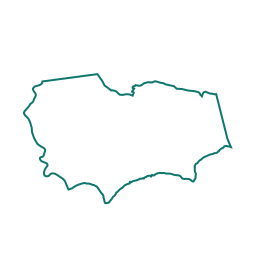 Saphire, Laborie, Saint Lucia, rotated 341°
{"feature_id": "8701671B62248544319556", "entity_name": "Saphire", "entity_type": "district", "adm_level": 2, "iso_a3": "LCA", "parent_name": "Saint Lucia", "parent_adm1": "Laborie", "projection": "orthographic", "projection_center": [-61.013, 13.757], "detail": "fine", "context": "isolated", "style": "outline", "palette": "teal", "viewbox_px": 256, "rotation_deg": 341, "n_neighbors": 0, "source": "geoboundaries", "source_scale": "gbopen_adm2", "svg_char_len": 5809}
<svg xmlns="http://www.w3.org/2000/svg" viewBox="0 0 256 256"><g transform="rotate(341 128 128)"><path d="M222.4,124.7L220.7,124.3L219.0,123.2L216.6,122.0L215.2,120.8L214.8,120.4L213.8,119.6L213.3,119.0L212.8,118.8L211.3,119.0L210.9,119.1L209.9,120.0L209.4,120.5L208.8,121.4L208.2,122.1L207.9,121.3L207.4,120.5L207.2,119.4L206.8,117.8L206.5,117.4L206.3,117.2L205.8,116.8L203.2,115.0L202.1,114.5L200.0,113.5L198.5,112.8L196.8,112.0L195.3,111.1L194.3,110.4L192.2,109.0L190.2,108.1L186.8,106.7L185.0,103.4L182.2,101.7L181.0,101.0L180.0,100.3L178.5,99.5L177.8,99.0L177.2,98.5L176.7,97.8L176.1,97.2L174.0,96.1L173.7,95.9L172.3,95.0L170.5,93.6L169.9,93.2L168.5,92.6L168.0,92.6L166.9,92.7L165.9,92.8L165.4,92.8L164.6,92.2L163.5,92.1L162.7,91.5L161.1,91.1L158.9,91.0L157.5,91.0L155.6,91.6L154.8,91.9L153.9,91.9L152.8,91.9L151.2,91.1L149.8,90.4L149.1,89.9L148.3,90.5L147.2,90.6L146.5,90.4L145.9,90.7L145.4,91.5L145.8,92.2L146.6,92.8L145.6,93.7L144.4,94.2L143.7,95.0L144.6,95.5L144.9,96.1L144.9,96.6L144.0,97.5L142.9,98.9L140.3,96.7L139.0,96.1L137.0,95.4L133.9,95.0L133.2,94.8L131.8,94.1L130.9,93.7L129.4,90.8L128.8,89.6L127.4,88.4L126.0,87.6L125.5,87.2L124.1,86.9L122.7,84.4L119.7,80.2L119.0,75.3L118.0,72.0L117.5,70.2L116.6,67.1L62.2,56.1L61.9,56.6L61.4,57.5L60.8,58.0L60.3,58.2L59.7,58.4L58.5,58.6L56.8,58.6L54.0,58.4L53.3,58.5L52.8,58.7L52.1,59.0L51.0,59.8L50.8,60.4L50.7,60.9L50.7,61.4L51.2,63.5L51.6,64.6L51.7,65.0L51.7,65.8L51.7,66.4L51.6,66.8L51.3,67.4L51.1,67.7L50.4,68.4L49.5,69.1L48.8,69.8L48.2,70.6L47.3,71.7L46.8,72.2L46.4,72.4L44.8,73.1L44.1,73.3L43.7,73.4L43.3,73.5L42.8,74.0L41.7,75.0L40.7,75.6L39.2,76.6L38.8,76.7L37.7,77.4L36.3,78.1L35.6,78.5L35.1,79.1L34.8,79.4L34.7,79.7L34.5,80.1L34.5,80.8L34.5,81.4L34.8,82.6L35.2,83.5L35.7,84.2L35.9,84.6L36.8,86.7L37.0,87.7L37.1,88.9L37.2,90.0L37.3,91.1L37.3,91.8L37.1,93.8L37.1,95.9L37.0,96.5L36.5,98.4L36.0,100.2L35.9,101.0L35.9,104.2L35.9,105.0L35.9,106.6L36.0,107.4L36.1,108.0L36.3,109.3L37.0,112.8L37.1,113.4L37.3,113.7L38.2,115.2L39.0,116.1L39.6,117.1L40.3,117.6L40.6,118.0L41.9,119.6L42.4,120.6L42.5,121.7L42.1,122.9L41.7,123.2L41.3,123.7L40.1,125.4L39.2,126.7L38.3,127.3L37.6,127.4L36.5,127.2L35.8,127.2L35.3,127.4L34.8,128.1L34.7,129.3L34.9,130.2L35.8,131.7L36.9,132.5L38.1,133.6L39.4,134.7L39.8,135.6L39.9,136.7L39.6,137.4L37.4,138.9L35.6,140.5L34.4,142.1L33.9,143.0L33.6,144.4L33.7,145.5L34.0,146.3L34.9,147.0L36.2,147.4L37.2,147.5L38.6,146.9L39.6,146.3L40.6,146.1L41.8,146.3L43.2,146.9L44.2,147.6L45.2,148.7L46.6,150.4L47.3,151.4L49.6,154.4L50.1,155.3L50.9,157.1L51.3,160.0L51.3,161.7L51.6,166.0L51.6,166.6L51.7,166.8L53.1,166.8L54.3,166.8L55.5,166.8L56.5,166.6L57.2,166.3L59.1,165.9L60.2,165.6L61.9,165.6L62.4,165.5L63.3,165.4L64.1,165.5L66.3,165.5L68.7,165.8L69.4,166.1L69.8,166.3L70.6,167.0L71.0,167.2L71.5,167.2L73.5,168.2L74.0,168.5L74.7,169.0L75.4,169.8L75.9,170.2L77.3,170.9L77.7,171.3L78.3,172.2L78.5,172.4L79.0,172.8L79.5,173.3L79.6,173.6L80.0,174.3L80.0,174.9L80.5,176.6L80.7,177.4L81.1,179.0L81.2,179.5L81.5,180.5L81.8,181.1L82.2,182.2L82.5,182.8L82.6,183.2L82.6,184.1L82.6,184.6L82.5,185.1L82.3,185.3L82.2,185.5L82.1,185.9L82.2,186.6L82.2,187.2L82.2,187.7L82.1,188.1L82.0,188.9L81.8,190.4L81.8,191.0L82.0,191.5L82.7,191.9L85.6,192.3L85.9,192.2L86.3,192.0L86.4,191.6L86.6,191.4L86.8,191.4L87.6,190.9L88.0,190.6L88.3,190.5L88.7,190.4L90.3,189.1L91.2,188.4L91.4,188.3L91.8,188.2L92.6,187.9L93.7,187.3L94.7,186.6L95.1,186.2L95.4,185.7L96.1,185.2L96.3,185.1L97.2,185.0L99.1,184.0L100.3,183.4L102.1,182.8L102.8,182.8L104.4,182.1L104.6,182.0L105.1,181.7L105.8,181.3L106.3,181.1L107.0,181.1L107.6,181.0L108.6,180.9L109.7,180.8L110.1,180.9L111.3,180.9L111.6,180.9L111.8,180.7L112.0,180.2L112.2,179.5L112.4,179.5L112.6,179.6L112.8,179.8L112.9,180.0L113.1,180.2L113.5,180.3L113.8,180.3L114.6,179.9L116.4,179.9L119.1,180.3L121.6,180.1L122.4,179.9L122.7,179.9L122.9,179.9L123.7,180.2L124.1,180.4L124.4,180.4L124.9,180.3L125.2,180.2L125.5,180.3L125.8,180.4L126.3,180.9L126.6,180.9L126.9,180.4L127.0,180.4L128.3,180.1L128.6,180.1L129.1,180.3L129.5,180.2L130.0,179.9L130.4,179.8L130.9,179.8L131.4,179.8L132.0,179.9L132.9,180.2L133.4,180.5L133.8,180.8L133.8,181.0L133.9,181.4L134.1,181.5L134.2,181.4L134.5,181.1L134.9,180.3L135.0,180.2L135.4,180.2L135.6,180.3L136.3,180.9L136.8,181.2L137.1,181.3L137.9,181.1L138.4,180.8L138.8,180.7L139.6,180.6L140.1,180.5L140.8,180.5L141.3,180.5L143.0,180.7L143.9,181.0L144.3,181.2L144.8,181.5L146.6,182.0L148.0,182.6L148.9,183.3L149.9,183.8L151.0,184.1L151.4,184.3L152.1,184.5L153.5,185.2L154.2,185.7L156.5,187.4L157.4,187.9L158.9,188.6L160.6,189.3L161.2,189.9L161.8,190.5L162.1,191.1L162.5,192.5L162.8,193.1L163.2,193.7L163.5,193.9L163.9,194.1L164.3,194.3L164.6,194.5L165.1,194.7L166.3,194.9L166.6,195.0L168.2,195.8L169.4,196.4L169.9,196.9L170.3,197.4L170.7,198.1L170.8,198.5L171.2,199.1L171.6,199.4L172.0,199.8L172.5,199.9L172.8,199.8L173.1,199.3L173.6,198.8L174.2,198.6L174.4,198.3L174.7,198.1L175.1,197.9L175.5,197.3L175.6,197.1L175.8,196.9L176.0,195.8L176.2,195.6L177.1,193.8L177.3,193.1L177.1,192.3L177.1,191.7L177.1,191.2L177.3,190.3L177.5,189.0L177.7,188.5L178.2,187.6L178.4,186.2L178.5,185.9L178.8,185.8L179.2,185.4L179.3,185.1L179.6,184.6L180.7,183.9L181.5,183.9L181.8,183.9L182.1,183.9L182.9,183.3L183.6,182.8L185.0,182.1L185.5,181.9L186.2,181.8L189.4,180.6L190.0,180.5L190.9,180.3L191.3,180.3L193.5,180.1L194.4,180.0L194.6,180.0L195.4,179.9L196.4,179.8L197.9,179.9L198.3,180.0L200.0,180.2L200.8,179.9L201.1,179.9L202.7,180.3L204.0,180.3L204.4,180.3L205.0,180.0L205.4,179.7L205.6,179.5L205.9,179.5L206.3,179.5L206.6,179.3L207.0,178.9L207.5,178.6L209.0,178.0L211.5,177.7L212.6,177.1L212.9,176.8L213.7,176.7L214.1,176.7L214.6,176.7L215.0,176.9L215.5,177.2L216.1,177.7L216.5,177.9L217.5,178.3L218.3,179.0L218.6,179.2L219.1,179.6L218.5,170.5L222.4,124.7Z" fill="none" stroke="#0f766e" stroke-width="2"/></g></svg>